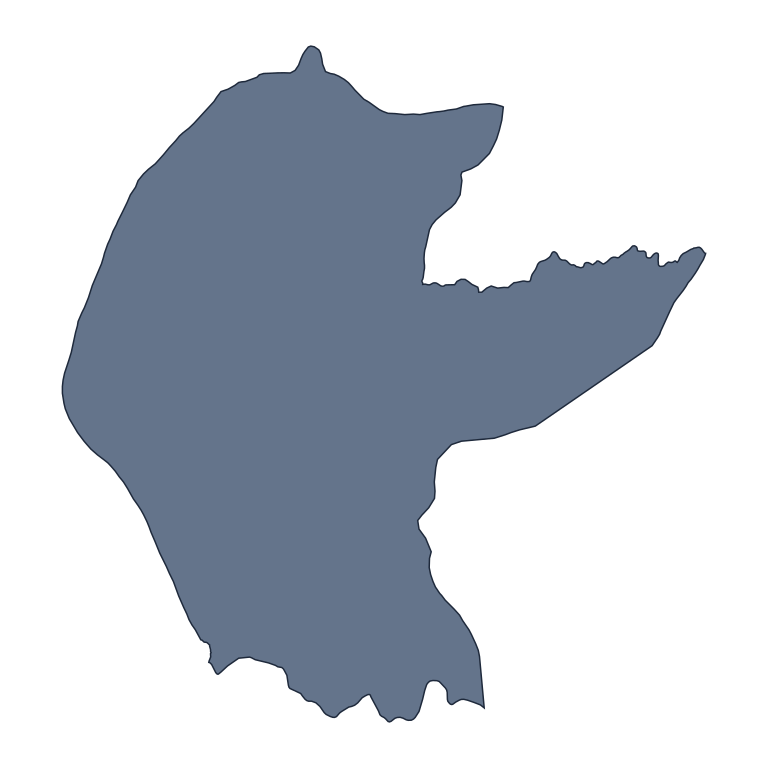 the district of Xieng Ngeun, Louangphrabang, Laos
{"feature_id": "54806243B25944960154772", "entity_name": "Xieng Ngeun", "entity_type": "district", "adm_level": 2, "iso_a3": "LAO", "parent_name": "Laos", "parent_adm1": "Louangphrabang", "projection": "natural_earth1", "projection_center": [102.356, 19.612], "detail": "fine", "context": "isolated", "style": "filled", "palette": "slate", "viewbox_px": 768, "rotation_deg": 0, "n_neighbors": 0, "source": "geoboundaries", "source_scale": "gbopen_adm2", "svg_char_len": 6077}
<svg xmlns="http://www.w3.org/2000/svg" viewBox="0 0 768 768"><path d="M484.2,707.9L479.5,656.5L478.3,650.4L475.7,643.8L471.4,634.5L469.0,629.9L462.7,620.7L459.6,615.2L454.0,609.0L445.2,600.2L441.6,595.4L439.7,593.4L435.4,587.0L432.9,581.3L430.6,574.5L429.2,567.6L429.5,558.3L431.2,551.8L425.6,538.2L419.0,529.1L417.7,520.5L421.8,515.2L428.7,507.8L434.5,498.4L435.0,491.2L434.3,481.9L435.8,467.4L437.5,459.4L451.4,444.6L461.4,441.2L494.4,438.2L505.4,434.7L511.2,432.5L519.8,429.8L535.3,426.1L652.1,345.7L657.6,337.6L659.7,334.1L660.7,331.2L669.5,311.9L673.9,302.7L676.8,298.6L683.0,290.7L685.9,286.5L688.1,282.7L691.1,279.2L695.4,273.0L698.0,268.8L699.8,265.5L703.4,259.5L705.4,254.4L705.6,253.4L705.4,253.4L704.4,252.8L701.8,249.2L700.6,248.0L699.3,247.3L698.5,247.3L697.5,247.4L696.2,247.8L693.7,248.1L693.1,248.6L690.8,249.4L686.1,252.2L683.2,253.6L681.2,255.5L679.6,258.0L679.3,259.0L678.7,260.5L677.2,262.4L676.8,262.2L675.5,261.0L675.1,261.0L674.5,261.1L673.6,261.8L672.5,262.3L671.1,262.5L668.5,262.1L667.9,262.4L666.0,263.8L664.4,265.6L663.4,266.1L662.4,266.3L660.5,266.4L659.6,266.2L658.9,265.5L658.4,264.7L658.3,262.3L658.1,260.7L658.4,255.7L658.2,254.1L658.0,253.6L656.8,253.0L655.4,253.2L654.1,254.0L653.3,254.7L651.1,257.4L650.1,257.9L649.1,258.0L648.1,257.9L647.0,257.5L646.4,256.6L646.1,255.4L646.0,253.6L645.8,252.6L645.3,252.0L644.1,251.2L643.4,251.1L640.0,251.3L638.2,251.0L637.6,250.6L637.3,249.9L637.1,248.3L636.5,247.0L635.2,246.1L634.4,245.8L633.4,245.9L632.7,246.0L632.1,246.5L630.2,248.7L628.9,250.0L627.0,251.3L625.9,251.9L624.1,253.2L623.0,254.3L621.0,255.4L619.2,257.3L618.2,257.7L617.1,257.7L615.1,257.2L614.2,257.2L613.3,257.2L612.4,257.5L611.4,257.9L610.5,258.5L607.1,261.7L604.3,263.6L603.7,263.9L603.0,263.9L602.5,263.7L599.1,261.4L598.1,261.0L597.2,261.0L596.8,261.2L595.7,262.6L594.5,263.3L593.6,264.2L593.0,264.6L592.2,264.6L590.3,263.5L588.2,262.6L586.2,262.6L584.9,263.3L584.5,263.8L584.2,264.4L583.9,265.7L583.3,266.7L582.8,267.2L581.5,267.6L580.4,267.7L577.8,266.9L576.3,266.7L575.4,265.7L574.1,265.0L573.4,264.8L571.6,265.0L571.1,264.8L569.6,263.9L566.8,261.1L565.6,260.4L565.1,260.2L562.4,260.1L561.0,259.6L559.8,258.7L559.4,258.1L558.1,256.0L557.1,254.0L556.5,253.2L555.2,252.2L554.5,251.9L553.9,251.8L553.2,252.0L552.5,252.3L551.7,253.5L550.5,256.0L549.3,257.4L546.5,259.4L545.1,260.2L540.9,261.5L539.5,262.2L539.0,262.7L537.7,264.3L536.7,266.9L535.5,269.5L532.5,273.9L532.0,274.8L531.2,277.1L530.6,279.9L530.0,281.0L529.3,281.5L527.2,281.6L524.4,281.1L522.9,281.1L516.2,282.5L514.0,282.7L511.3,284.8L508.2,287.6L503.9,287.4L497.7,288.1L491.2,286.0L486.7,288.1L481.8,292.2L478.7,292.2L478.5,289.8L477.8,287.2L471.9,284.4L468.5,281.7L465.1,279.4L461.0,279.3L457.0,281.4L454.7,284.7L445.9,284.9L445.0,285.2L444.1,285.9L443.1,286.2L442.1,286.2L440.7,285.8L437.4,283.6L436.1,283.0L435.2,282.9L434.0,282.9L433.2,283.0L429.8,284.8L428.1,284.8L425.1,284.1L422.7,284.4L422.8,283.5L422.5,282.6L421.9,281.5L421.9,280.7L422.7,279.2L423.2,277.3L423.9,271.6L424.5,268.4L424.5,265.2L424.2,262.8L424.0,258.7L424.1,256.7L424.4,252.7L424.8,249.9L425.7,246.9L429.5,229.6L432.2,224.5L436.1,219.8L444.5,212.4L451.3,207.2L455.4,202.9L460.1,194.8L461.9,180.6L460.9,175.0L462.0,172.1L470.8,168.9L478.1,164.9L489.4,153.5L493.3,146.0L496.6,139.0L499.3,130.3L501.8,120.1L503.3,107.0L502.1,106.4L495.5,104.5L489.6,103.7L473.3,104.8L465.6,106.2L463.8,106.4L456.4,109.0L448.1,110.1L444.0,111.0L439.6,111.6L437.0,111.8L426.6,113.4L420.0,114.6L413.5,114.1L404.8,114.6L395.0,113.6L388.0,113.3L382.9,111.4L379.3,109.6L369.1,102.3L363.8,99.2L355.0,90.2L351.6,86.2L348.4,82.7L344.4,79.5L338.8,76.2L334.2,74.2L330.3,73.5L325.5,71.6L322.6,64.2L321.8,58.8L320.5,53.1L318.8,49.9L314.3,46.8L310.8,46.1L308.3,47.0L305.0,51.2L302.9,54.5L301.1,58.5L298.6,65.2L295.1,70.4L290.3,73.0L283.9,72.8L277.6,72.9L269.2,73.3L263.7,73.5L259.3,74.8L256.9,77.3L245.4,81.5L241.3,81.9L238.6,82.5L234.8,85.4L228.0,89.2L221.0,91.6L216.7,97.3L214.0,101.5L193.9,123.4L188.9,128.2L183.0,132.8L179.4,136.1L175.7,140.7L169.3,147.6L163.3,154.9L155.3,163.8L148.4,169.3L143.5,174.0L138.1,180.6L135.6,187.1L130.4,194.8L127.2,202.3L122.4,212.2L117.9,221.2L116.4,224.8L113.1,231.1L110.0,239.2L107.7,244.1L104.5,253.2L103.5,257.2L101.5,263.8L92.3,285.5L88.5,297.5L84.4,307.7L81.8,312.9L78.1,321.5L77.4,325.8L75.6,332.3L71.3,352.3L69.0,359.8L64.6,373.1L63.1,380.1L62.4,386.4L62.4,393.3L64.0,403.4L65.3,408.8L69.3,418.6L77.6,432.6L84.2,441.4L91.0,449.2L97.5,454.9L103.2,459.2L107.8,462.8L111.0,466.2L115.3,471.2L119.4,477.0L123.5,482.0L127.5,488.4L133.4,498.9L137.8,505.1L141.1,510.2L143.7,514.9L147.0,521.7L149.2,527.1L151.1,532.4L155.2,541.9L159.7,553.0L166.4,566.5L169.4,573.4L173.4,581.5L178.7,596.0L183.7,607.4L186.9,614.1L189.0,619.6L192.0,625.0L195.3,629.7L200.8,639.8L202.1,640.2L204.1,642.1L206.6,642.4L207.5,643.0L208.9,644.4L209.6,644.9L209.6,646.1L210.5,649.4L210.6,650.7L210.6,651.7L211.1,652.7L210.5,653.7L210.7,656.9L209.1,661.0L208.8,662.4L209.7,662.6L211.6,664.4L215.8,672.7L217.2,674.1L218.4,674.1L220.8,672.2L227.6,665.9L238.7,658.2L249.6,657.1L251.4,657.7L255.2,659.7L268.5,662.9L275.5,665.4L277.8,666.8L281.8,667.5L283.4,668.9L284.6,671.0L286.9,675.3L288.4,685.3L289.0,687.3L290.0,688.5L300.7,693.5L302.6,696.2L305.1,699.3L306.8,700.6L308.6,701.2L311.6,701.2L315.9,702.8L319.9,706.4L324.2,712.6L326.1,714.4L330.3,716.5L332.8,717.3L334.6,717.4L336.5,716.6L339.6,713.0L341.6,711.5L348.7,707.1L351.7,706.4L354.7,705.2L357.7,702.9L362.2,697.7L365.2,695.9L367.8,694.6L369.4,694.5L370.3,695.1L370.9,696.8L378.4,710.8L380.0,714.8L381.5,716.2L384.2,717.6L385.6,718.8L388.1,721.5L389.5,721.9L391.1,721.3L394.9,718.3L397.1,717.5L400.1,717.3L403.1,718.2L406.2,719.8L408.3,720.3L411.4,720.2L413.6,719.0L415.2,717.4L419.0,711.5L422.6,699.3L424.7,690.5L426.7,684.5L428.4,682.3L430.2,681.0L433.0,680.5L437.0,680.7L439.2,681.5L440.7,683.0L445.4,688.0L446.6,689.9L447.2,692.3L447.4,699.4L447.8,701.2L448.9,702.7L450.3,704.1L451.6,704.5L452.7,704.3L455.7,702.1L459.4,700.1L461.3,699.4L463.8,699.3L467.6,700.2L474.2,702.5L480.4,704.9L484.2,707.9Z" fill="#64748b" stroke="#1e293b" stroke-width="1.5"/></svg>